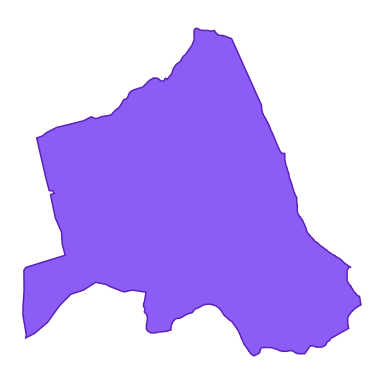 the district of Belen, Heredia, Costa Rica
{"feature_id": "36466004B97828735780055", "entity_name": "Belen", "entity_type": "district", "adm_level": 2, "iso_a3": "CRI", "parent_name": "Costa Rica", "parent_adm1": "Heredia", "projection": "robinson", "projection_center": [-84.175, 9.985], "detail": "fine", "context": "isolated", "style": "filled", "palette": "violet", "viewbox_px": 384, "rotation_deg": 0, "n_neighbors": 0, "source": "geoboundaries", "source_scale": "gbopen_adm2", "svg_char_len": 5997}
<svg xmlns="http://www.w3.org/2000/svg" viewBox="0 0 384 384"><path d="M284.8,153.5L281.9,153.1L281.2,152.9L279.2,149.6L278.9,148.3L277.9,146.7L277.6,145.3L277.1,144.8L276.9,144.1L276.6,143.7L276.5,143.0L275.9,141.8L275.7,141.1L275.0,139.9L274.9,139.2L274.3,138.0L273.9,136.7L273.4,135.4L272.7,134.2L272.3,132.9L271.9,132.5L271.6,131.4L271.2,131.1L270.6,129.9L270.6,129.1L270.4,128.6L269.9,128.1L269.9,127.4L269.4,126.1L268.9,125.9L268.9,125.1L268.4,123.9L267.9,123.3L267.8,122.6L267.4,122.2L267.3,121.6L266.5,120.6L266.1,119.4L265.6,118.8L265.1,117.8L264.7,117.4L264.6,116.8L263.9,115.9L263.3,114.8L263.3,114.1L262.7,113.3L262.4,112.7L262.3,111.3L261.6,109.2L261.6,105.5L231.7,38.9L231.5,38.5L230.8,38.5L230.3,38.1L229.6,38.0L227.3,37.0L226.7,36.9L226.2,36.4L223.7,35.9L223.1,35.5L220.4,35.5L218.2,34.8L217.7,34.4L217.1,34.3L216.8,33.7L215.3,32.2L214.5,30.5L211.6,31.1L209.5,30.9L207.6,30.4L202.1,30.4L199.7,29.9L198.0,28.7L196.7,28.4L195.9,28.4L195.1,28.7L194.3,29.9L194.0,30.9L194.0,34.0L194.1,34.8L194.2,39.8L191.7,45.7L190.8,47.0L188.6,49.9L188.0,51.1L186.4,53.4L185.0,54.9L183.2,56.4L181.8,58.6L180.6,61.0L178.9,62.6L178.2,62.9L176.1,64.5L175.5,65.4L173.6,68.1L172.1,72.5L171.0,74.8L170.8,74.8L167.0,79.5L166.4,78.8L165.5,78.3L164.9,78.8L164.3,80.2L163.9,80.7L162.7,81.1L161.7,81.1L160.5,80.6L159.5,79.6L157.9,78.4L156.8,78.1L153.0,78.1L152.1,78.9L150.3,79.8L149.2,80.5L149.0,80.9L147.5,82.2L145.4,84.6L144.4,85.3L143.2,86.7L142.6,87.1L140.0,88.0L138.7,88.2L138.3,88.4L137.8,88.5L136.1,89.2L133.8,89.8L131.2,91.2L129.4,92.8L129.1,93.5L128.9,94.3L128.6,94.7L128.3,95.9L127.5,97.1L127.4,97.7L126.6,98.6L126.5,98.8L125.5,99.3L124.5,99.4L124.1,99.7L123.8,99.7L123.2,100.5L122.1,102.5L122.1,102.8L121.1,104.3L120.9,104.4L120.1,106.0L118.9,107.7L115.4,110.1L114.7,111.1L113.7,111.9L111.5,114.5L111.1,114.7L108.7,115.5L107.6,115.6L106.6,115.9L105.5,115.9L103.6,116.3L101.8,116.5L100.6,117.0L99.9,117.4L97.1,118.3L94.7,118.5L93.2,117.6L91.3,116.8L83.2,120.9L56.5,127.5L46.7,132.5L42.5,135.9L36.7,138.0L45.8,177.7L49.2,190.6L52.8,190.9L53.5,192.1L54.3,193.2L50.5,194.7L55.3,217.8L61.5,232.0L62.2,244.1L65.2,255.2L25.9,267.4L23.9,270.4L24.1,290.4L23.0,307.0L23.0,315.7L26.3,334.7L25.7,337.9L34.5,333.4L47.4,322.5L59.8,305.3L70.9,294.2L83.3,290.2L95.7,282.3L105.9,284.4L110.8,286.9L119.0,290.1L124.1,291.9L132.0,290.1L146.0,292.2L144.5,301.3L143.6,303.8L143.5,305.8L143.6,306.4L144.2,307.5L145.0,308.4L145.1,308.7L145.1,309.3L144.4,311.1L144.4,312.0L144.8,312.4L145.5,313.4L146.2,314.0L146.8,314.9L146.9,315.5L147.1,315.7L147.1,316.3L147.4,317.4L147.3,320.1L146.7,323.3L146.4,324.1L146.4,328.9L146.8,329.8L148.1,331.2L149.0,331.7L149.9,332.4L151.1,332.9L155.2,332.9L157.5,332.4L158.2,332.0L162.5,331.8L164.6,331.4L166.7,331.4L167.6,330.9L168.4,330.8L169.1,330.2L170.9,330.1L171.1,326.8L171.6,324.5L173.0,321.6L173.6,320.9L174.6,319.9L175.0,319.3L175.0,319.1L176.2,318.6L180.2,318.1L180.8,317.6L182.3,317.1L182.9,316.4L183.8,315.9L184.8,315.5L186.6,314.4L189.7,313.3L191.3,313.0L192.3,312.6L192.8,312.0L193.5,310.7L194.3,309.9L194.6,309.3L195.1,309.1L195.7,308.7L197.7,308.1L204.0,304.7L207.8,304.2L210.4,304.2L211.5,304.4L212.3,304.9L213.1,304.9L215.9,305.9L218.7,307.9L219.1,308.0L219.2,308.4L220.5,309.8L220.8,310.0L222.0,312.1L222.5,312.6L222.9,313.4L224.4,315.6L225.1,316.1L225.3,316.5L226.9,317.5L227.1,317.8L227.8,318.2L228.3,319.0L230.0,320.4L232.2,321.8L232.8,322.8L233.4,323.5L233.5,324.0L234.4,324.9L235.3,326.2L235.3,326.6L235.7,326.8L235.8,327.2L236.4,327.9L236.8,328.7L237.1,328.9L238.7,331.6L239.0,332.4L239.3,332.8L239.7,334.1L240.2,334.9L241.4,338.4L242.7,340.8L243.0,341.7L244.5,345.0L245.2,345.5L245.5,346.4L246.2,346.9L246.7,347.7L247.0,348.5L247.6,349.1L247.7,349.5L248.9,350.7L248.9,351.1L249.3,351.1L249.3,351.6L250.2,353.0L251.3,354.2L253.2,355.6L254.9,355.6L255.7,354.8L256.4,354.7L258.3,353.6L258.9,353.0L259.7,352.8L260.0,350.6L260.3,350.2L260.8,348.5L261.6,347.8L262.4,347.5L270.9,347.5L272.0,348.0L272.9,348.0L273.6,348.4L274.4,348.6L275.6,349.1L276.5,349.2L278.1,349.7L279.4,350.6L282.6,351.3L287.3,351.3L288.0,350.9L289.2,350.9L289.6,350.6L291.3,350.7L292.9,350.9L293.1,351.3L293.8,351.6L295.2,352.6L295.9,352.9L296.2,353.2L297.4,353.5L298.2,353.5L298.6,353.7L304.5,353.7L305.6,352.6L305.7,352.2L308.0,349.2L308.4,348.5L308.4,348.1L308.7,347.9L309.2,347.1L310.0,346.2L310.4,346.1L310.6,345.9L313.6,345.9L314.8,346.4L315.3,346.8L315.8,346.8L316.1,347.1L321.6,347.1L323.9,346.2L324.1,345.8L324.8,345.6L325.4,345.2L325.8,344.7L326.4,343.7L326.9,342.6L326.9,342.1L327.2,341.8L327.8,341.3L329.0,341.1L329.5,340.5L330.1,339.6L330.1,339.2L330.7,338.5L348.7,328.3L348.3,326.9L348.3,325.4L347.8,325.1L347.7,324.4L347.7,318.5L348.0,317.2L348.6,316.1L348.7,315.4L349.9,314.0L350.3,313.7L350.5,313.1L351.2,312.2L352.2,311.3L354.1,309.2L359.2,305.7L361.0,304.9L359.5,296.3L358.6,296.3L355.9,293.9L355.4,292.9L354.0,291.8L352.3,288.5L351.2,287.4L351.1,286.4L349.8,284.8L349.2,284.3L347.7,281.8L347.3,280.8L347.1,279.8L347.1,271.6L347.3,270.5L348.0,268.5L348.7,267.7L349.6,267.2L351.2,267.5L350.4,267.2L349.1,266.1L348.1,265.8L346.5,264.3L345.5,263.9L343.3,262.0L341.8,260.3L340.1,259.1L339.6,258.5L337.2,257.4L336.7,256.8L335.7,256.7L335.3,255.8L334.3,255.4L331.6,253.9L330.8,253.2L329.0,252.2L327.4,250.7L323.9,248.3L323.2,247.5L321.3,246.4L318.9,244.3L317.4,242.7L314.6,241.2L314.4,240.2L313.7,239.7L311.9,237.6L311.1,237.0L310.6,236.3L307.7,233.0L307.3,232.0L306.6,231.2L306.6,230.0L306.1,229.4L306.1,228.3L305.6,227.3L305.3,226.3L304.6,225.5L304.5,224.3L303.9,223.4L302.5,220.4L302.2,219.6L301.4,219.0L300.8,218.0L300.5,216.9L299.6,216.7L299.3,215.8L298.3,214.3L297.5,212.3L297.3,211.3L297.3,204.3L296.8,203.4L296.7,197.6L296.1,196.7L295.7,195.6L295.1,195.1L294.7,194.0L294.7,192.9L293.9,192.0L293.6,191.0L293.6,189.8L293.2,188.9L292.6,188.0L292.6,186.8L292.3,185.8L289.0,176.2L289.0,173.9L288.4,173.3L288.4,172.2L287.4,170.3L287.4,169.2L286.9,168.6L286.9,167.4L286.6,166.4L285.9,165.5L285.6,163.3L284.8,160.0L284.8,153.5Z" fill="#8b5cf6" stroke="#5b21b6" stroke-width="1.5"/></svg>